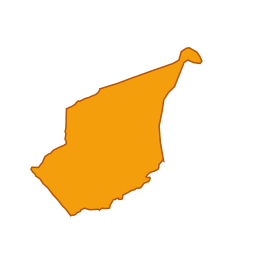 the district of Yarmein, Nimba, Liberia, rotated 230°
{"feature_id": "62588387B94510923567486", "entity_name": "Yarmein", "entity_type": "district", "adm_level": 2, "iso_a3": "LBR", "parent_name": "Liberia", "parent_adm1": "Nimba", "projection": "robinson", "projection_center": [-8.624, 7.522], "detail": "fine", "context": "isolated", "style": "filled", "palette": "amber", "viewbox_px": 256, "rotation_deg": 230, "n_neighbors": 0, "source": "geoboundaries", "source_scale": "gbopen_adm2", "svg_char_len": 1933}
<svg xmlns="http://www.w3.org/2000/svg" viewBox="0 0 256 256"><g transform="rotate(230 128 128)"><path d="M176.1,131.5L175.0,130.0L174.3,127.2L174.4,126.6L174.5,124.4L175.7,120.7L176.6,117.5L178.1,114.2L179.6,108.1L180.7,107.3L180.7,104.8L180.1,102.6L180.9,97.5L181.4,96.4L182.3,93.2L177.5,88.9L170.4,82.7L167.8,80.3L165.6,77.4L163.5,76.8L161.7,74.7L160.0,72.6L157.1,72.0L155.5,69.9L156.3,66.2L157.5,62.7L158.1,60.0L158.8,57.3L158.9,56.5L158.4,52.7L158.4,52.4L159.1,50.3L159.5,46.2L159.2,45.5L158.0,42.9L156.7,40.7L156.6,40.2L156.2,37.7L155.3,34.1L159.7,29.2L158.7,27.1L155.4,26.8L153.9,27.0L152.6,27.2L150.4,26.5L146.3,27.7L145.5,27.9L140.0,27.2L134.1,28.1L133.9,28.1L129.7,27.9L126.1,27.8L125.6,27.7L125.1,27.6L119.7,28.0L116.5,28.0L111.8,27.8L109.7,27.8L106.8,28.2L103.3,28.1L97.6,27.7L97.1,29.4L96.2,30.1L95.5,32.4L95.9,33.5L95.3,36.3L94.8,37.8L95.5,39.3L94.6,42.8L93.8,43.7L93.3,44.1L90.5,45.7L88.8,47.7L86.3,51.0L86.0,51.5L84.8,53.0L83.5,53.3L83.3,55.0L83.5,56.2L81.7,58.0L80.4,59.5L79.4,60.9L78.6,62.4L79.6,63.7L80.6,65.3L81.3,67.5L82.4,69.9L82.2,71.5L81.2,72.6L81.5,73.7L80.2,75.7L79.2,75.1L78.3,76.3L77.4,77.7L77.8,78.6L79.9,80.8L79.5,82.5L79.2,83.8L78.2,88.8L77.5,91.6L76.4,93.5L76.4,93.8L76.5,95.8L74.4,98.4L74.1,99.5L75.4,104.6L74.3,108.0L73.7,109.2L74.4,111.4L75.7,113.0L76.3,113.0L77.7,110.8L79.0,110.5L79.7,112.8L79.7,116.6L78.9,118.4L77.8,121.0L77.1,124.4L78.1,126.4L80.1,128.1L80.6,131.7L81.1,133.5L79.7,134.0L91.6,140.9L96.6,143.8L103.8,149.0L109.6,153.2L118.4,164.3L120.0,166.1L120.6,166.8L123.7,170.3L126.7,173.7L129.2,181.9L129.8,190.2L131.1,192.6L136.1,201.9L142.2,213.2L141.6,217.5L135.8,220.4L131.1,224.7L131.7,227.6L134.8,228.5L136.5,229.0L142.1,229.5L147.8,227.3L149.3,226.8L150.0,226.6L151.7,223.7L151.7,223.4L152.3,217.9L147.3,210.7L147.9,207.2L148.5,203.9L150.8,197.9L155.2,186.3L156.1,183.9L163.5,164.0L166.2,156.3L168.9,148.6L176.1,131.5Z" fill="#f59e0b" stroke="#b45309" stroke-width="1.5"/></g></svg>